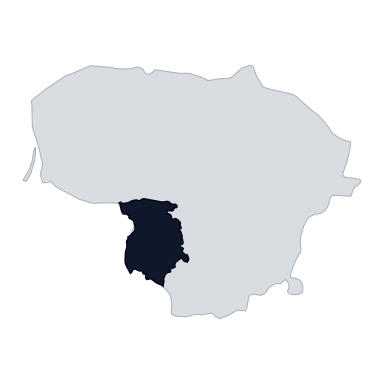 Lithuania, with Marijampoles highlighted
{"feature_id": "LTU-1070", "entity_name": "Marijampoles", "entity_type": "County", "adm_level": 1, "iso_a3": "LTU", "parent_name": "Lithuania", "parent_adm1": "", "projection": "mercator", "projection_center": [23.274, 54.666], "detail": "fine", "context": "in_parent", "style": "filled", "palette": "ink", "viewbox_px": 384, "rotation_deg": 0, "n_neighbors": 0, "source": "natural_earth", "source_scale": "10m", "svg_char_len": 4670}
<svg xmlns="http://www.w3.org/2000/svg" viewBox="0 0 384 384"><path d="M130.4,273.3L128.0,268.4L125.4,259.8L125.7,252.9L127.1,245.9L134.1,225.4L133.7,222.2L128.7,216.4L122.4,212.2L118.9,203.3L106.2,202.8L94.2,203.3L90.5,202.9L79.1,199.2L68.1,193.2L60.7,189.6L54.5,185.7L51.2,181.6L45.9,182.7L42.4,182.7L42.4,182.0L40.4,174.7L42.5,163.4L38.6,146.9L32.4,126.9L31.9,105.4L31.5,100.5L46.9,88.3L66.4,75.3L70.8,74.1L88.8,66.3L91.2,65.7L107.4,67.1L120.1,69.0L130.8,68.7L136.7,66.8L142.0,68.4L146.3,74.3L150.7,73.6L155.1,69.8L179.1,73.3L184.5,73.2L190.6,73.7L201.8,77.3L208.3,80.5L222.5,78.5L228.6,78.4L231.8,77.1L241.6,68.3L245.8,66.8L249.7,65.2L253.3,66.6L255.6,74.1L262.9,87.1L270.7,89.3L292.5,94.3L297.0,96.9L309.2,108.3L316.6,113.9L321.3,118.3L328.4,127.0L332.5,133.3L339.4,138.1L347.6,141.3L350.5,141.8L350.3,146.4L348.9,154.1L346.2,164.1L343.4,171.8L342.7,174.8L344.8,177.3L355.5,178.4L360.1,179.8L361.0,181.8L358.6,184.5L355.2,186.7L353.6,188.8L350.9,196.2L333.1,195.3L330.8,196.8L329.6,200.2L328.8,204.2L326.4,209.0L321.7,213.1L314.3,214.6L308.3,217.4L303.7,226.0L300.4,237.5L300.5,245.6L300.9,250.1L300.5,252.7L298.2,255.6L294.5,263.0L291.5,271.3L290.3,275.7L290.9,277.8L294.3,277.9L299.2,279.6L301.9,282.8L302.8,286.6L302.8,290.7L301.9,292.9L298.0,294.6L291.8,294.6L288.2,292.7L287.4,291.1L289.2,287.2L287.9,282.3L285.4,279.6L280.2,283.7L275.2,283.7L269.2,287.3L265.2,293.1L261.5,295.3L251.3,294.1L248.8,296.7L246.7,308.5L245.5,310.8L237.0,310.3L228.9,315.0L219.6,318.8L214.9,316.1L212.3,313.2L207.3,313.7L201.8,315.0L198.1,314.3L194.0,314.6L186.0,316.9L176.0,316.2L171.7,314.2L171.3,312.3L171.6,307.7L171.5,300.6L169.9,294.3L165.1,288.7L160.1,284.7L153.6,280.7L148.9,278.9L146.2,278.4L145.7,276.1L144.7,274.1L142.5,272.3L137.7,269.9L133.7,269.4L130.4,273.3ZM26.4,181.2L23.0,180.4L29.6,168.8L32.1,161.2L33.9,150.4L35.4,147.0L35.5,151.9L34.8,160.1L30.6,174.0L26.4,181.2Z" fill="#d9dde1" stroke="#a8b0b8" stroke-width="1"/><path d="M139.8,270.9L139.2,270.9L135.7,269.1L134.5,268.9L133.0,269.6L131.5,272.4L130.4,273.3L127.0,267.1L125.4,263.7L125.1,259.9L125.5,252.2L126.8,247.4L127.0,245.6L127.0,244.6L126.6,242.3L126.6,241.3L126.9,240.6L128.1,238.7L128.2,238.3L128.0,237.9L127.9,237.4L128.0,236.9L128.2,236.7L128.7,236.6L129.3,236.1L130.3,235.5L130.8,235.0L131.6,233.7L133.3,232.4L134.2,231.4L135.0,229.7L135.1,227.9L134.9,226.1L134.0,222.0L133.5,220.7L132.8,219.9L129.4,218.3L128.9,217.5L129.6,216.2L128.8,215.9L128.2,215.3L127.8,214.6L127.5,214.2L126.9,214.0L123.7,214.0L122.7,213.5L122.1,212.3L121.3,210.0L120.3,205.5L119.7,203.5L119.2,202.9L120.8,202.1L121.2,202.6L122.3,203.4L122.6,203.5L123.4,203.5L128.2,202.7L130.0,201.9L130.6,201.4L133.5,200.4L136.4,200.0L139.5,200.9L140.3,200.4L141.1,199.7L142.1,199.2L143.9,198.7L162.2,202.1L167.5,201.4L168.7,201.7L171.7,204.2L172.9,204.4L174.2,204.2L175.5,204.3L176.6,205.2L176.9,206.1L176.9,207.1L176.5,207.5L176.1,207.6L175.3,207.6L174.9,207.7L174.7,207.8L174.4,208.1L174.0,208.6L173.4,209.9L173.1,210.3L172.7,210.6L172.3,210.8L171.8,210.9L169.3,210.6L168.6,210.7L168.0,211.0L167.6,211.3L167.2,211.8L166.8,212.4L166.8,212.9L167.0,213.5L169.8,214.2L170.5,214.9L171.0,215.6L172.3,219.7L173.7,219.4L175.0,218.6L175.9,218.7L176.9,219.3L178.5,220.5L179.7,221.8L180.1,222.4L180.3,223.0L180.3,223.5L180.2,224.2L180.2,224.7L180.4,225.9L180.7,226.7L180.9,227.2L181.1,228.2L180.4,228.6L180.3,228.8L180.1,229.3L179.8,229.9L179.2,230.7L179.1,231.2L179.3,231.5L179.7,231.6L180.3,231.5L180.7,231.7L181.2,232.3L181.1,233.4L181.3,234.0L181.6,234.5L181.8,234.8L182.1,235.4L182.1,236.2L182.0,237.5L183.0,242.1L183.0,243.1L182.7,243.9L182.1,244.3L180.7,244.8L180.1,245.1L179.7,245.6L179.7,246.0L179.9,246.3L180.3,246.5L180.6,246.7L180.8,247.0L181.1,247.3L182.7,247.9L183.2,248.6L183.2,249.1L182.8,249.7L182.3,250.3L182.0,251.0L182.0,251.6L182.4,252.0L183.7,253.1L184.4,254.0L185.0,254.6L185.7,254.7L186.7,254.6L187.1,254.7L187.5,255.4L188.5,258.3L188.6,259.3L188.5,260.1L188.0,260.7L187.7,261.3L187.3,262.1L184.3,261.3L183.3,260.2L182.8,259.4L181.9,258.4L181.2,258.2L180.7,258.3L175.9,262.2L175.4,262.8L175.0,263.5L174.8,264.4L174.9,265.1L175.0,266.2L175.0,266.5L174.9,267.2L170.6,268.9L170.0,269.4L169.6,270.1L169.9,270.5L170.6,270.9L170.7,271.2L170.6,271.7L170.1,272.0L168.3,272.3L166.9,272.9L166.1,273.6L165.1,274.9L164.4,276.6L164.2,277.4L163.8,278.5L163.6,279.2L163.6,279.8L163.8,280.5L163.9,281.1L163.3,284.3L163.1,286.1L162.0,285.1L157.4,283.4L155.2,282.0L151.6,279.0L150.6,278.5L149.4,278.8L148.0,279.4L146.7,279.4L145.7,277.9L145.7,276.9L146.0,275.8L146.2,274.8L145.9,274.3L143.9,274.0L143.2,273.6L142.9,273.0L142.6,272.2L142.3,271.4L141.7,270.8L141.1,270.7L139.8,270.9Z" fill="#0f172a" stroke="#020617" stroke-width="1.5"/></svg>